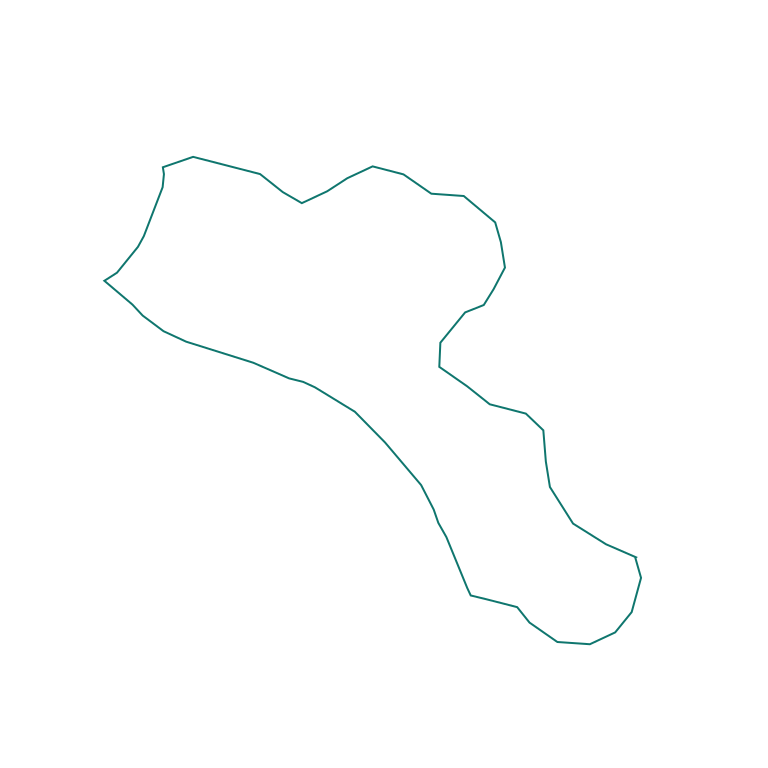 outline of Hyangsan, P'yŏngan-bukto, North Korea, rotated 194°
{"feature_id": "82179303B99713456197263", "entity_name": "Hyangsan", "entity_type": "district", "adm_level": 2, "iso_a3": "PRK", "parent_name": "North Korea", "parent_adm1": "P'yŏngan-bukto", "projection": "mercator", "projection_center": [126.169, 40.033], "detail": "fine", "context": "isolated", "style": "outline", "palette": "teal", "viewbox_px": 768, "rotation_deg": 194, "n_neighbors": 0, "source": "geoboundaries", "source_scale": "gbopen_adm2", "svg_char_len": 904}
<svg xmlns="http://www.w3.org/2000/svg" viewBox="0 0 768 768"><g transform="rotate(194 384 384)"><path d="M248.7,199.8L232.7,199.9L200.8,199.7L185.1,187.7L153.4,175.6L121.3,181.3L99.6,198.9L88.5,222.6L88.1,240.4L87.7,258.1L98.0,276.0L97.5,276.8L129.8,282.2L166.8,294.3L198.1,324.2L208.2,347.9L218.2,377.6L239.2,389.6L276.5,389.9L302.8,401.9L334.5,414.0L339.3,437.7L322.6,473.1L306.3,484.8L300.6,502.5L294.8,526.2L304.9,549.9L315.2,567.7L352.1,585.7L384.1,580.1L415.8,592.1L447.7,592.4L469.4,574.8L485.8,557.2L507.5,539.6L528.6,545.7L555.0,557.7L592.3,558.0L624.2,558.2L651.0,540.8L648.3,534.4L646.4,521.4L652.8,469.4L655.9,457.6L670.0,427.4L680.3,416.5L647.3,400.2L634.7,392.0L610.7,381.9L586.2,377.2L516.0,373.0L477.5,366.5L463.0,366.5L450.3,364.1L405.5,350.0L368.8,327.5L323.5,294.9L305.4,274.2L297.7,262.4L286.4,250.5L253.8,206.1L248.7,199.8Z" fill="none" stroke="#0f766e" stroke-width="2"/></g></svg>